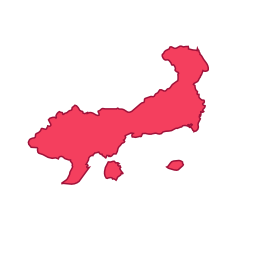 Anatoliki Makedonia kai Thraki, Mercator projection, rotated 337°
{"feature_id": "GRC-3001", "entity_name": "Anatoliki Makedonia kai Thraki", "entity_type": "Region", "adm_level": 1, "iso_a3": "GRC", "parent_name": "Greece", "parent_adm1": "", "projection": "mercator", "projection_center": [25.255, 41.074], "detail": "fine", "context": "isolated", "style": "filled", "palette": "rose", "viewbox_px": 256, "rotation_deg": 337, "n_neighbors": 0, "source": "natural_earth", "source_scale": "10m", "svg_char_len": 5852}
<svg xmlns="http://www.w3.org/2000/svg" viewBox="0 0 256 256"><g transform="rotate(337 128 128)"><path d="M198.2,69.9L199.1,70.0L199.7,70.3L201.4,72.3L202.2,73.0L203.6,73.4L207.8,73.0L208.9,73.4L210.7,75.0L213.2,75.6L214.3,76.1L215.3,76.4L215.1,77.7L214.6,78.8L218.2,81.5L221.2,83.1L221.8,83.7L223.0,81.9L223.0,82.5L223.1,83.2L223.2,83.7L223.5,84.2L223.2,85.3L223.4,87.5L223.0,88.4L223.7,89.6L224.0,91.1L224.4,94.3L225.4,98.5L225.7,100.3L225.7,102.1L225.4,103.9L224.8,105.4L224.0,106.2L222.8,106.3L221.4,106.0L220.1,105.3L219.5,104.4L216.2,107.9L215.5,108.0L215.2,108.3L215.0,108.7L214.7,109.1L212.9,110.3L211.2,111.8L210.1,112.4L206.0,112.8L205.2,113.5L206.2,115.0L205.6,116.9L205.3,118.6L205.5,120.1L206.2,121.6L205.0,123.5L205.0,124.2L206.0,124.5L206.5,124.8L205.4,127.1L205.5,128.3L206.4,130.3L207.0,131.2L208.7,132.0L208.8,133.0L208.3,134.0L207.8,134.5L206.8,134.6L206.2,134.9L206.1,135.5L206.2,136.2L206.9,137.1L207.5,137.4L207.7,137.7L207.1,138.6L206.2,139.3L204.3,140.2L203.5,141.0L204.1,141.9L204.2,142.5L203.3,142.7L202.8,142.6L202.3,142.4L202.0,142.0L201.7,141.5L201.3,141.5L200.8,143.2L200.4,144.0L200.0,144.5L199.5,144.5L199.5,144.1L199.1,143.3L199.1,144.2L199.1,144.7L198.8,144.9L198.2,145.0L198.2,145.4L198.2,145.6L198.6,145.7L198.0,146.0L197.8,146.3L197.8,146.8L198.2,147.8L194.7,150.8L193.7,152.3L193.2,154.6L191.8,156.4L189.8,157.3L187.3,157.1L187.5,156.7L186.8,155.4L186.7,153.7L186.3,152.1L184.9,151.5L184.9,150.9L185.8,150.9L186.9,150.7L188.0,150.4L188.4,150.0L188.0,149.2L187.0,149.0L185.9,149.3L185.3,149.7L185.0,149.1L184.9,148.5L184.4,148.5L184.4,149.1L184.7,149.6L184.9,150.4L184.4,150.4L183.4,149.2L181.4,147.9L179.2,147.3L177.8,148.0L176.7,147.7L173.2,147.6L172.4,147.1L171.7,147.0L167.1,147.4L164.5,146.8L161.6,145.8L158.9,145.3L156.4,146.2L154.5,145.8L153.2,145.0L152.2,144.1L151.2,143.5L148.0,142.8L146.9,142.7L144.5,141.6L141.8,139.7L139.1,138.8L137.0,140.9L136.5,140.9L136.5,140.5L131.4,139.6L130.1,138.8L129.2,138.2L128.7,138.1L128.4,137.9L128.5,136.8L128.8,136.1L129.3,135.5L130.0,135.2L130.7,135.0L129.5,134.2L128.7,133.8L123.4,133.9L122.2,134.2L122.3,135.6L120.9,136.8L120.1,137.3L119.2,137.4L119.7,139.0L119.1,139.6L117.9,139.8L116.7,139.7L115.9,140.0L113.8,141.2L112.7,141.5L110.9,142.8L109.0,145.4L106.9,147.2L104.6,146.2L102.1,147.3L100.9,147.4L99.6,146.8L100.0,146.6L100.1,146.2L97.9,145.0L96.5,146.3L96.1,146.8L95.7,146.8L95.1,145.4L94.4,144.2L93.6,143.2L93.9,142.1L92.9,141.6L92.2,141.0L91.8,140.0L91.7,138.8L88.5,138.3L87.7,138.0L87.1,138.5L86.3,138.6L85.6,138.8L85.0,139.7L83.7,139.1L81.9,139.3L80.3,140.1L79.1,142.0L76.2,144.4L75.2,145.0L76.0,145.6L76.5,146.4L76.4,147.1L75.0,147.5L74.8,147.8L74.8,148.2L75.0,148.8L75.4,149.1L76.4,149.0L77.0,149.1L62.1,158.0L59.7,158.5L56.9,158.4L54.1,157.6L46.8,153.7L45.5,153.4L45.7,152.8L51.3,151.6L52.6,150.9L56.0,148.0L57.4,145.9L61.0,143.0L61.9,142.0L61.9,140.8L62.6,139.8L62.8,138.6L62.1,136.1L62.6,135.0L61.1,134.3L58.0,131.6L56.6,128.9L55.4,128.0L54.2,127.8L53.0,128.0L51.8,129.2L49.8,127.2L46.4,126.3L43.0,123.8L39.2,119.1L36.1,116.4L35.6,115.1L36.1,112.8L36.8,111.8L36.7,110.6L31.3,107.9L30.3,104.2L30.7,102.4L30.7,102.2L32.5,100.5L33.7,100.0L35.9,100.0L38.0,100.5L39.1,100.2L40.5,97.7L41.5,97.3L42.6,97.3L44.0,97.2L45.3,96.8L46.4,96.3L48.1,94.7L48.7,94.8L51.7,97.0L52.7,96.9L53.7,95.9L54.1,95.6L54.5,95.5L54.8,95.3L55.0,94.7L56.4,95.7L57.2,95.8L57.9,95.5L58.3,94.8L58.4,94.1L58.2,92.2L58.0,89.4L59.9,88.5L62.5,88.7L64.4,89.3L64.9,89.7L65.5,90.6L66.0,90.6L66.2,90.3L66.4,88.9L66.7,88.4L67.7,87.5L68.8,86.8L70.1,86.3L71.2,86.1L72.2,87.3L73.5,88.1L73.6,88.9L73.4,89.6L73.5,90.1L74.1,90.3L74.6,90.1L75.0,89.9L75.6,89.8L77.3,90.0L77.9,90.0L80.0,89.3L81.0,89.2L82.4,89.4L83.4,89.2L84.7,87.3L86.1,87.0L88.0,86.3L89.3,87.5L90.1,89.8L90.4,92.2L90.5,92.9L91.7,94.4L92.3,94.8L92.6,95.0L92.7,95.5L92.5,96.4L92.5,96.7L93.5,97.7L94.4,97.9L96.7,97.9L96.3,98.7L97.8,98.7L99.1,98.9L100.2,99.5L101.5,100.6L103.7,103.5L105.1,104.7L106.4,104.8L107.0,103.5L106.8,102.0L107.0,100.9L109.5,100.7L110.8,100.2L111.5,100.1L112.4,100.2L114.3,101.4L124.9,105.9L126.0,105.7L126.3,105.7L126.5,105.9L127.0,106.8L127.3,107.1L129.9,108.3L131.2,109.4L133.9,113.2L135.2,114.0L136.7,114.2L138.2,114.1L149.1,110.6L150.7,110.3L152.4,110.6L153.1,110.3L153.6,109.6L154.1,108.6L154.6,107.8L155.4,107.5L161.2,107.9L161.8,108.1L163.1,108.9L163.8,109.1L164.5,109.0L166.2,107.7L166.9,107.4L169.2,107.2L171.6,105.6L172.2,105.3L173.7,105.9L175.6,108.0L176.8,108.5L177.8,108.3L179.4,107.5L180.3,107.5L181.2,107.7L181.9,107.6L183.3,106.9L185.1,105.7L185.9,105.3L191.4,104.0L191.9,104.1L192.3,103.9L193.1,102.7L194.1,100.5L194.8,98.4L195.1,97.8L195.9,97.5L196.0,96.8L195.8,96.3L194.9,95.4L194.6,95.0L193.9,93.5L194.0,92.9L194.8,92.1L195.0,91.1L195.1,90.1L195.0,89.1L194.7,87.9L194.4,87.5L193.3,87.4L193.0,87.1L192.9,86.5L193.0,85.1L192.9,84.5L192.3,82.2L191.9,81.5L191.4,80.9L190.6,80.5L189.7,80.3L188.8,79.9L188.0,78.7L187.7,77.7L187.6,76.5L187.6,75.2L188.0,74.2L188.4,73.7L188.8,73.5L189.3,73.5L189.8,73.3L191.5,71.9L193.2,71.4L196.8,71.3L198.2,69.9ZM105.9,157.4L104.5,157.4L104.1,158.4L104.6,159.4L105.9,159.7L105.9,161.4L104.8,161.8L104.6,163.0L105.0,165.5L105.4,166.5L105.6,167.2L105.5,167.9L105.0,167.9L103.9,167.2L103.2,168.2L102.0,168.6L99.9,169.0L99.1,169.3L97.5,170.8L96.6,171.4L96.2,170.6L95.8,170.0L94.8,169.0L94.6,169.0L94.0,169.1L93.9,169.0L93.8,168.8L93.9,168.1L93.9,167.9L93.0,167.0L92.5,166.8L90.7,166.3L89.3,166.3L88.4,165.6L88.1,163.2L88.5,161.0L89.5,158.8L91.7,155.6L96.6,151.5L98.6,152.5L101.3,152.8L102.3,153.2L102.6,153.8L102.8,154.6L103.1,155.3L103.9,155.6L104.6,155.8L105.2,156.2L105.6,156.8L105.9,157.4ZM164.4,181.9L164.7,183.2L163.9,184.0L157.9,186.1L156.4,185.9L154.2,184.7L149.9,181.2L149.0,180.1L148.4,179.0L149.6,179.0L153.4,176.8L155.1,176.1L157.0,176.2L162.2,177.8L163.2,178.5L164.3,179.6L164.9,180.7L164.4,181.9Z" fill="#f43f5e" stroke="#9f1239" stroke-width="1.5"/></g></svg>